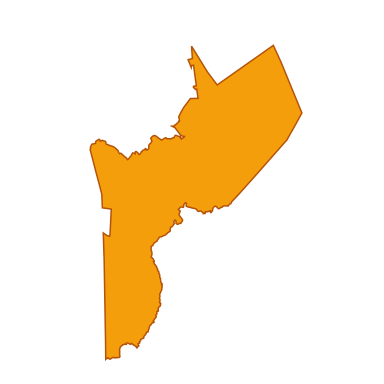 Mainero, Tamaulipas, Mexico, rotated 165°
{"feature_id": "50627088B20885387864604", "entity_name": "Mainero", "entity_type": "district", "adm_level": 2, "iso_a3": "MEX", "parent_name": "Mexico", "parent_adm1": "Tamaulipas", "projection": "equal_earth", "projection_center": [-99.511, 24.6], "detail": "fine", "context": "isolated", "style": "filled", "palette": "amber", "viewbox_px": 384, "rotation_deg": 165, "n_neighbors": 0, "source": "geoboundaries", "source_scale": "gbopen_adm2", "svg_char_len": 5990}
<svg xmlns="http://www.w3.org/2000/svg" viewBox="0 0 384 384"><g transform="rotate(165 192 192)"><path d="M65.4,239.9L72.4,294.4L75.5,312.6L140.0,288.9L146.0,303.9L154.7,333.0L157.1,320.8L161.5,320.8L160.5,312.4L159.6,314.3L158.6,314.1L157.7,314.1L159.8,297.7L160.3,293.5L161.5,293.7L162.5,293.4L163.2,293.7L163.4,293.5L163.5,292.6L162.0,290.0L160.8,290.2L161.9,280.9L169.4,282.7L178.0,275.9L182.4,271.5L185.4,268.0L185.4,265.6L185.8,264.4L185.6,264.0L185.9,263.6L186.6,263.7L187.0,263.1L187.7,262.6L188.4,262.4L189.0,261.9L189.8,261.5L190.6,261.4L191.5,260.9L191.5,260.6L192.1,260.0L192.6,260.5L193.2,260.2L194.2,260.9L194.5,260.9L191.8,258.5L188.8,251.1L187.8,249.4L186.8,248.5L184.9,247.6L185.7,246.9L187.1,246.4L187.7,246.6L188.4,245.9L189.1,246.9L188.9,248.2L189.1,248.5L189.5,248.0L189.9,249.0L191.2,249.6L192.4,250.7L193.3,251.0L194.2,250.6L195.5,249.0L196.9,249.3L198.3,248.7L202.7,250.1L203.0,251.1L204.0,251.2L208.0,250.0L208.4,250.6L209.1,251.3L210.7,253.2L212.3,255.4L214.0,256.4L215.5,256.1L217.4,255.1L218.0,254.1L217.5,251.6L219.1,249.9L220.2,249.5L220.7,248.8L221.4,248.6L221.9,247.6L222.4,245.4L223.3,244.6L224.8,244.2L225.4,245.8L225.9,246.0L226.1,245.1L228.9,245.0L229.7,244.1L230.6,244.0L231.3,242.9L232.1,242.3L233.3,241.8L234.4,244.3L235.5,245.6L236.2,245.6L236.7,244.8L237.0,243.6L238.1,244.6L239.3,245.1L240.6,243.6L242.8,241.8L245.4,240.0L245.9,239.9L246.1,240.3L246.3,241.3L246.9,242.5L247.8,243.4L250.3,247.4L250.9,247.9L251.9,247.7L252.5,248.8L252.7,251.0L253.0,251.8L253.7,252.5L254.3,253.8L255.8,255.7L256.8,256.6L260.0,258.6L261.0,259.6L262.4,260.2L262.5,260.8L262.4,263.1L262.9,263.7L263.6,263.9L265.3,265.2L266.1,265.0L267.0,264.6L267.5,264.9L267.6,266.6L268.4,267.0L269.3,266.6L270.3,266.4L271.8,265.8L272.6,263.9L276.3,264.1L278.6,261.5L278.6,260.4L279.4,259.3L279.6,237.3L279.6,223.6L279.7,213.2L282.7,199.9L274.4,196.4L282.2,172.1L283.0,170.5L284.9,171.6L285.6,172.2L288.3,175.4L294.5,148.9L314.2,70.0L318.6,52.8L318.3,53.0L317.9,53.0L317.3,53.4L316.4,53.1L316.2,53.4L316.0,53.5L315.7,53.3L314.9,52.1L314.5,51.7L313.5,51.9L312.7,52.4L311.9,52.4L310.9,52.6L310.4,52.5L309.8,51.8L309.0,51.6L308.5,51.7L308.0,51.5L307.2,51.5L306.7,51.2L306.0,51.4L305.1,51.0L304.7,51.1L304.1,52.0L304.0,53.0L304.0,54.1L303.6,54.7L303.5,55.6L303.0,56.6L303.0,57.3L303.1,57.5L303.2,57.8L302.5,58.8L302.3,59.4L301.7,60.4L300.3,61.4L299.2,61.9L298.7,62.4L298.3,62.4L297.9,62.2L296.8,62.5L294.8,61.8L294.7,61.9L294.7,62.6L294.6,62.9L294.1,63.0L293.0,62.7L292.6,62.4L291.6,61.3L290.9,60.8L290.5,60.8L290.0,61.4L289.5,61.3L288.7,60.3L288.0,59.2L287.2,58.7L286.7,57.9L286.0,57.5L285.9,56.0L285.7,55.7L285.3,55.7L285.1,55.8L284.6,56.7L283.4,57.0L283.2,57.2L283.2,57.6L283.4,58.8L283.4,59.3L283.3,59.6L283.1,59.7L282.1,59.5L281.7,59.7L281.5,60.0L281.5,60.8L281.3,61.1L280.2,61.6L279.9,62.3L279.5,62.9L278.9,63.1L276.5,63.3L276.4,63.6L276.2,64.4L275.9,64.8L272.9,67.1L272.3,68.3L271.9,68.5L271.1,68.2L270.7,68.2L270.4,68.7L269.9,70.0L268.8,71.1L268.6,71.9L267.6,73.6L266.3,74.1L265.3,75.2L264.4,75.7L262.9,75.8L262.4,76.0L262.4,76.5L263.1,76.5L263.1,77.0L262.3,77.9L261.4,78.6L260.7,79.3L259.5,80.0L259.0,80.5L258.9,80.7L258.8,81.2L259.0,81.7L258.9,82.3L257.6,83.1L257.3,83.7L257.1,85.1L256.9,85.4L256.6,85.7L256.2,85.9L255.7,85.6L255.4,85.7L255.2,86.0L255.0,87.4L254.3,89.1L253.7,89.3L253.0,89.8L252.3,90.0L251.5,91.4L251.2,92.0L251.1,92.7L251.3,93.1L251.9,93.4L252.0,93.9L251.4,94.7L250.8,95.9L250.8,96.4L250.9,97.8L250.7,98.3L249.8,99.8L249.9,100.7L249.8,101.4L249.3,102.2L248.6,102.7L248.1,103.7L246.6,105.3L246.2,106.2L246.1,107.1L245.6,107.7L245.2,108.5L245.2,109.2L245.4,109.9L245.4,110.7L245.2,110.8L244.9,110.4L244.7,110.5L244.7,111.3L245.3,112.6L245.4,113.2L245.0,116.2L244.8,116.9L245.2,117.8L245.2,118.1L244.6,120.5L245.0,122.0L244.8,123.0L244.8,124.2L244.9,124.3L245.4,124.6L245.5,124.7L245.2,126.7L245.7,127.9L245.5,129.1L246.2,130.4L246.3,131.1L246.6,131.4L247.0,132.7L247.0,134.2L247.2,134.5L247.3,134.7L247.0,134.9L246.6,134.5L246.4,134.7L246.4,135.2L246.6,136.4L246.9,137.5L247.3,138.0L247.4,138.6L247.7,139.0L248.2,139.3L248.3,139.6L248.2,139.9L247.4,141.1L246.7,142.4L246.3,144.7L246.6,146.6L245.8,148.7L245.7,149.7L245.5,150.0L244.5,150.4L243.8,150.3L243.1,151.5L242.4,151.8L241.6,152.7L238.5,153.6L237.1,155.2L236.4,155.5L235.8,156.4L235.3,156.7L234.5,156.9L233.5,156.6L231.0,157.2L229.2,157.2L228.3,157.6L227.8,158.0L226.9,158.2L226.5,158.6L225.4,159.1L223.5,159.7L223.0,160.1L222.8,161.4L222.6,162.0L222.0,162.9L221.8,163.4L221.3,163.7L220.6,163.6L220.2,163.7L218.8,164.7L218.4,165.3L217.5,165.7L217.3,166.1L217.4,167.7L217.3,168.0L216.0,169.2L215.5,169.2L215.2,168.8L215.0,168.4L214.9,168.1L215.5,166.4L215.5,166.0L215.1,165.2L214.6,164.7L214.0,164.5L213.3,164.5L212.7,164.9L212.2,165.0L211.7,164.9L211.0,164.6L210.5,165.0L208.8,166.5L208.3,167.3L208.5,168.2L209.7,171.1L210.3,173.0L210.2,174.0L209.7,174.6L209.1,175.8L208.6,176.0L208.4,176.5L208.4,176.8L208.6,177.3L209.7,178.4L209.7,178.7L209.6,178.9L208.3,179.5L207.1,180.3L206.8,180.4L205.7,180.2L204.9,179.5L204.2,179.5L203.8,180.2L203.5,181.3L203.2,182.0L202.4,182.4L201.3,183.3L201.1,183.4L200.8,183.1L200.2,182.2L200.5,181.6L201.3,180.3L201.3,180.1L201.0,179.6L199.8,178.6L198.3,177.8L197.3,177.5L196.5,176.8L196.1,176.4L195.0,176.1L192.4,174.5L192.0,174.0L191.9,173.1L191.1,171.7L190.4,171.5L188.7,171.5L188.4,171.4L188.0,171.0L187.7,170.3L187.0,169.6L186.7,168.8L186.7,168.1L185.9,168.4L185.2,167.8L184.9,167.9L184.6,168.3L184.5,168.9L184.3,169.3L183.9,169.5L183.6,169.4L183.0,169.0L182.3,169.0L180.0,168.9L179.0,169.2L178.8,168.9L178.8,168.5L178.9,168.0L179.4,167.4L179.3,167.2L179.0,167.2L177.2,168.5L176.6,169.5L176.4,170.4L176.1,170.7L174.7,171.9L173.8,172.3L173.0,172.2L172.4,171.9L172.0,171.2L171.5,170.0L170.9,169.2L170.4,168.9L169.2,169.1L168.1,169.6L166.9,169.5L165.7,170.3L164.9,170.3L162.7,169.8L160.8,169.1L159.2,170.4L157.9,170.6L157.3,170.9L156.3,172.2L146.5,178.3L120.3,195.5L89.2,216.2L87.3,217.3L73.3,231.6L65.4,239.9Z" fill="#f59e0b" stroke="#b45309" stroke-width="1.5"/></g></svg>